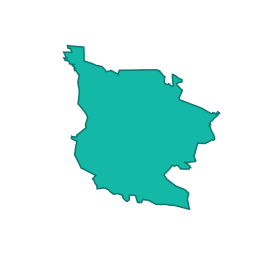 Laidzes pag., Talsi, Latvia, rotated 27°
{"feature_id": "27541924B38806240468878", "entity_name": "Laidzes pag.", "entity_type": "district", "adm_level": 2, "iso_a3": "LVA", "parent_name": "Latvia", "parent_adm1": "Talsi", "projection": "robinson", "projection_center": [22.64, 57.292], "detail": "fine", "context": "isolated", "style": "filled", "palette": "teal", "viewbox_px": 256, "rotation_deg": 27, "n_neighbors": 0, "source": "geoboundaries", "source_scale": "gbopen_adm2", "svg_char_len": 5459}
<svg xmlns="http://www.w3.org/2000/svg" viewBox="0 0 256 256"><g transform="rotate(27 128 128)"><path d="M36.6,82.0L38.0,84.0L39.9,83.9L40.8,83.1L43.5,86.0L43.4,86.2L43.1,86.3L41.4,87.2L40.1,87.7L36.3,89.6L36.6,89.8L37.3,90.4L37.7,90.8L37.8,90.8L38.0,90.9L40.3,92.8L41.7,93.2L42.2,94.0L39.1,94.6L40.8,96.1L41.9,96.2L43.3,95.5L45.4,95.5L46.7,97.4L51.0,96.1L50.6,96.9L50.1,97.6L51.9,98.0L53.6,98.6L53.1,99.5L54.1,99.9L53.7,100.3L54.7,101.0L55.6,100.5L57.1,101.3L59.0,102.6L60.6,103.1L61.4,106.1L62.4,109.6L62.4,109.8L62.6,109.8L63.2,110.9L65.8,114.4L65.9,114.5L67.3,116.3L69.5,120.8L69.7,121.6L71.0,125.0L71.8,127.3L72.2,128.6L72.6,129.1L72.7,129.3L73.4,129.6L74.5,129.8L76.2,130.6L77.0,131.0L79.3,132.0L82.2,133.3L83.7,134.1L85.2,135.0L85.9,135.8L87.3,137.1L87.9,140.0L88.2,142.4L88.2,142.5L88.4,143.7L88.5,143.9L88.6,144.1L89.4,145.3L89.5,145.4L89.4,145.4L89.5,145.5L89.9,146.0L90.4,146.8L90.5,147.0L89.5,149.1L86.9,155.0L85.6,157.7L85.9,158.0L86.3,158.8L86.3,159.0L86.2,159.4L85.8,159.7L85.5,159.9L84.5,160.1L83.8,160.3L83.4,160.5L82.8,161.0L81.6,161.0L81.8,161.5L82.2,163.0L84.8,163.1L85.7,163.1L88.4,163.0L88.6,163.4L89.2,165.5L89.4,166.0L89.6,167.4L90.3,169.6L90.5,170.2L90.7,170.8L91.0,171.5L91.1,171.8L91.4,172.4L91.4,172.6L91.6,173.0L92.1,174.7L92.3,175.8L95.0,177.8L95.5,178.2L100.5,181.9L100.7,182.0L102.7,183.6L102.8,183.7L104.6,185.0L105.6,184.9L107.0,184.8L107.5,184.7L107.5,184.8L109.4,184.9L111.5,184.9L115.4,184.9L120.8,184.9L120.8,185.0L120.6,185.7L120.3,186.4L120.0,187.8L119.7,188.9L119.6,189.4L119.7,189.7L120.3,189.7L120.5,189.7L120.9,189.8L121.2,189.9L121.7,190.3L122.0,190.6L122.2,190.9L123.2,191.8L123.6,192.1L124.1,192.4L125.0,192.8L126.0,193.3L126.3,193.5L126.6,193.7L126.8,194.0L127.0,194.3L127.3,194.9L128.1,196.2L129.8,195.0L133.8,192.4L133.7,192.2L134.4,192.1L135.4,191.9L138.4,191.9L138.8,192.0L139.7,192.3L140.6,192.8L143.8,193.3L144.7,193.6L145.1,193.6L145.4,193.6L145.7,193.4L146.3,192.7L147.2,192.0L148.0,191.6L148.5,191.3L149.1,191.1L151.9,190.6L153.9,190.6L153.9,190.8L154.1,191.2L154.7,192.2L157.7,193.5L158.6,193.7L160.3,194.0L160.6,193.6L161.8,191.5L161.4,190.9L161.0,189.9L159.8,187.2L160.2,186.9L160.7,186.6L162.6,185.6L163.2,185.4L163.6,185.3L164.0,185.2L165.6,185.0L166.5,185.9L167.6,187.2L169.0,188.6L169.9,189.5L170.3,189.9L171.1,189.7L172.0,189.2L172.5,188.8L173.6,188.6L173.9,185.9L174.0,184.4L175.2,184.4L175.6,184.3L176.5,184.1L177.2,183.8L178.0,183.4L178.4,183.3L178.8,183.2L179.1,183.1L179.7,183.1L181.3,183.2L183.2,183.2L184.4,183.2L186.9,183.2L187.3,183.2L188.1,183.0L189.0,182.6L190.1,182.1L191.3,181.6L192.3,181.1L194.3,180.0L195.0,179.5L196.5,178.7L196.7,178.8L197.1,178.7L198.1,178.4L201.2,177.4L201.6,177.2L203.0,176.4L203.4,176.2L206.6,175.4L214.3,173.7L219.3,172.6L219.7,172.3L218.7,171.3L218.3,170.9L215.0,166.8L213.6,165.0L213.6,164.8L213.3,164.4L213.1,164.0L212.8,163.1L212.6,162.0L212.3,160.6L211.8,159.0L211.7,158.5L210.7,158.3L209.5,158.4L209.4,157.8L206.7,157.1L204.7,157.2L200.0,157.7L197.7,158.0L196.0,157.8L185.8,156.0L183.2,154.6L181.4,153.4L181.2,153.2L181.8,151.5L183.6,145.9L184.1,143.2L184.3,142.0L184.2,142.0L184.4,141.1L186.6,141.0L187.5,139.9L189.4,138.7L193.5,140.6L194.5,140.1L196.6,139.1L199.8,137.5L200.9,137.0L200.8,136.9L200.9,135.2L201.8,134.8L200.6,134.0L200.1,133.7L194.1,132.8L193.5,132.7L194.3,132.5L196.6,131.9L197.1,131.7L197.5,131.5L197.9,131.2L198.6,130.3L199.0,130.0L199.7,129.5L202.0,128.1L202.7,127.7L202.8,127.5L203.0,127.4L203.1,127.2L203.3,126.6L202.8,125.9L202.4,125.6L200.0,123.8L199.8,123.6L199.7,123.5L199.6,123.3L199.6,123.0L199.5,122.2L199.4,121.7L199.2,120.6L198.5,117.6L197.0,110.0L203.7,106.8L205.4,104.6L206.0,103.7L205.9,103.7L208.3,100.3L209.5,100.3L210.3,98.6L208.6,96.2L204.5,93.2L202.2,91.3L200.4,89.6L200.6,89.4L199.5,88.9L199.4,88.9L199.5,88.8L199.5,88.2L200.1,87.5L200.1,87.4L199.7,87.1L199.0,87.1L198.7,87.0L198.8,85.1L198.8,84.6L198.9,84.3L199.0,84.1L199.1,83.9L199.7,83.3L199.9,83.1L199.9,82.8L199.9,81.9L199.9,81.6L200.3,80.7L202.1,76.0L202.1,75.8L202.1,75.1L202.2,74.6L202.3,74.3L203.0,73.3L202.8,73.1L200.5,72.8L200.4,73.0L200.4,75.5L198.1,75.5L198.1,75.4L196.6,75.8L196.4,76.8L195.5,77.5L184.6,76.9L183.4,77.0L170.9,78.4L165.4,78.9L163.8,79.1L160.9,79.5L159.8,77.9L159.6,73.5L159.5,72.5L159.4,69.8L155.5,68.6L152.0,67.4L151.8,67.3L151.3,66.7L152.0,65.0L153.2,64.1L154.1,63.3L155.1,62.5L154.3,60.5L150.8,60.7L146.0,59.8L143.2,60.1L143.9,61.4L144.6,62.7L145.2,63.7L149.3,70.1L149.0,70.2L148.3,70.6L147.9,70.7L147.5,70.9L147.2,71.0L146.4,70.7L146.0,70.5L144.7,70.1L144.1,70.1L144.1,70.6L143.7,71.0L143.1,71.6L142.6,71.6L141.8,71.5L140.9,71.6L140.7,71.5L140.4,71.4L140.1,71.3L139.9,71.1L139.7,70.8L139.3,69.7L139.2,69.6L139.1,69.4L138.8,69.3L138.6,69.1L138.3,68.6L137.9,67.8L137.7,67.4L137.7,67.0L137.7,66.8L137.7,66.7L137.9,66.3L137.9,66.1L137.9,65.9L137.7,65.7L137.3,65.5L137.0,65.4L136.7,65.4L136.3,65.4L135.9,65.3L135.5,65.2L135.1,65.1L134.0,64.5L132.9,64.1L131.6,63.5L130.9,63.3L130.1,62.6L128.9,63.4L127.7,62.9L126.3,63.6L122.6,65.5L119.7,67.0L115.6,69.1L115.3,69.2L115.2,69.3L111.3,71.4L103.7,75.5L94.1,80.5L94.7,84.8L94.1,84.5L92.4,84.5L90.4,84.5L86.5,84.4L86.4,84.5L86.6,84.7L86.4,85.3L84.7,86.4L83.6,87.3L82.7,87.7L81.7,87.0L81.2,86.6L78.8,85.7L76.9,85.1L73.1,86.1L71.7,86.7L71.3,86.6L65.9,87.0L58.8,88.2L58.6,88.3L57.7,86.7L56.5,84.5L55.9,83.3L55.6,82.6L53.7,79.2L52.9,77.8L52.9,77.7L52.7,77.5L51.9,76.0L49.1,77.1L47.3,77.9L45.7,78.6L44.6,79.0L39.5,81.0L36.6,82.0Z" fill="#14b8a6" stroke="#0f766e" stroke-width="1.5"/></g></svg>